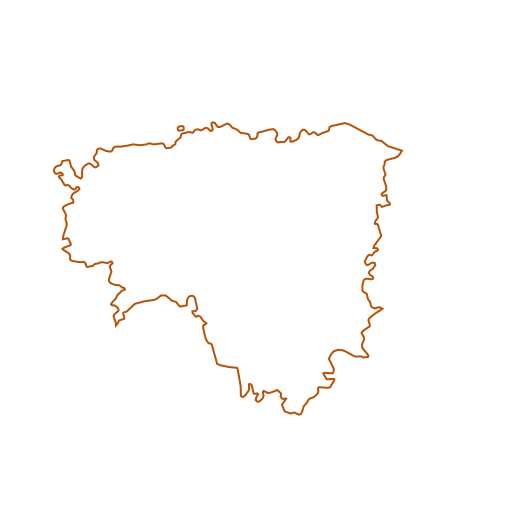 outline of Samara, rotated 247°
{"feature_id": "RUS-2392", "entity_name": "Samara", "entity_type": "Region", "adm_level": 1, "iso_a3": "RUS", "parent_name": "Russia", "parent_adm1": "", "projection": "orthographic", "projection_center": [50.566, 53.218], "detail": "fine", "context": "isolated", "style": "outline", "palette": "amber", "viewbox_px": 512, "rotation_deg": 247, "n_neighbors": 0, "source": "natural_earth", "source_scale": "10m", "svg_char_len": 6117}
<svg xmlns="http://www.w3.org/2000/svg" viewBox="0 0 512 512"><g transform="rotate(247 256 256)"><path d="M337.9,80.5L338.3,80.7L338.7,83.4L338.4,89.5L339.6,90.3L345.4,90.0L346.0,89.3L346.9,84.8L349.8,86.4L357.7,93.3L359.7,94.5L364.4,95.0L367.2,96.8L369.0,97.2L375.1,96.7L376.2,97.3L376.9,100.0L377.0,104.3L376.5,108.7L379.1,109.7L381.7,108.6L383.6,110.0L384.9,112.0L385.8,117.8L386.9,119.8L388.3,119.7L389.5,118.3L389.5,117.7L388.4,116.3L388.3,114.3L390.4,112.6L393.6,111.5L394.7,110.7L395.2,110.0L395.3,108.7L395.9,107.6L402.4,106.6L405.8,105.4L406.8,106.4L405.9,109.6L407.0,110.1L409.1,109.0L409.4,108.2L409.4,104.7L410.1,103.6L412.5,103.0L414.8,104.2L415.9,105.4L416.3,106.5L416.5,107.6L416.0,110.9L416.4,112.4L419.0,114.9L417.6,121.1L415.9,121.6L410.8,120.7L405.2,122.0L401.1,121.3L399.5,122.0L395.8,124.9L395.9,125.6L396.8,126.8L403.7,129.9L405.4,132.2L406.2,134.4L406.6,137.9L405.7,139.6L401.0,141.9L400.3,142.8L400.5,145.3L401.1,146.5L403.1,146.9L407.8,144.7L409.9,145.1L410.8,145.8L412.9,149.4L415.7,151.0L416.3,152.3L416.3,153.3L415.7,154.9L411.2,159.1L408.9,162.9L409.1,164.6L411.4,167.1L411.6,169.2L409.4,174.7L407.7,181.3L406.9,186.1L403.0,193.2L401.5,199.0L401.6,200.6L401.2,202.3L398.8,205.2L396.4,213.6L394.9,214.8L391.3,215.0L390.6,215.4L390.0,216.2L389.2,219.4L389.1,221.0L390.1,222.1L390.3,225.3L392.7,226.8L394.7,232.9L397.0,234.6L397.6,235.9L396.4,242.2L395.8,243.8L394.3,245.4L394.3,246.7L395.6,248.5L395.8,250.4L395.3,252.0L393.2,254.5L393.2,256.2L393.7,258.8L393.5,260.2L392.2,261.6L388.8,263.1L388.6,264.5L389.3,265.6L390.0,265.8L395.1,266.5L395.8,267.4L395.8,268.8L394.6,270.1L389.9,271.1L389.1,272.2L388.8,274.1L389.2,280.3L389.1,281.3L388.5,282.0L386.4,283.5L383.4,284.3L379.8,287.9L375.3,290.0L372.1,295.4L371.1,296.4L370.2,297.0L366.3,296.5L365.3,297.4L364.4,300.9L364.6,302.6L365.8,304.1L368.3,305.3L368.6,306.1L368.6,307.7L368.0,310.4L367.2,317.3L366.0,321.6L364.4,322.7L360.8,323.5L359.2,322.9L356.3,319.9L354.6,319.3L352.3,320.2L351.6,321.5L351.3,323.7L349.8,326.3L350.4,328.3L352.5,331.9L352.5,333.1L351.3,333.8L347.9,332.4L347.1,333.8L347.1,338.8L347.6,340.6L348.7,342.1L352.2,344.6L353.1,346.1L354.0,348.3L353.4,349.8L352.3,350.6L347.3,352.3L346.9,353.6L347.6,356.7L347.3,357.6L346.6,358.4L343.1,360.2L343.0,361.5L343.3,365.6L342.8,371.3L343.6,372.5L345.8,373.9L346.2,375.8L343.6,389.9L340.3,393.6L323.7,407.1L321.4,410.3L316.2,412.1L315.1,413.0L312.9,416.4L305.6,420.4L295.9,431.5L293.1,427.4L292.2,424.7L292.1,421.8L293.2,415.0L293.2,412.9L292.5,411.3L290.1,410.2L288.9,408.8L287.2,407.7L280.4,407.0L279.8,406.6L278.7,404.6L277.3,403.7L268.8,403.0L266.4,401.9L265.3,400.8L264.5,396.8L263.6,395.6L261.9,396.1L261.0,399.9L255.6,398.2L252.9,399.6L251.4,399.7L251.0,398.8L251.7,396.0L252.0,391.1L254.8,390.1L255.5,386.9L249.4,384.5L244.1,383.4L242.9,382.3L241.8,379.9L239.7,378.1L238.8,378.3L238.3,379.8L237.5,380.4L225.4,379.1L219.5,369.1L217.5,367.3L216.0,370.2L215.5,370.6L213.9,370.6L213.5,370.1L213.6,367.1L211.4,363.2L211.4,362.5L212.9,360.7L212.7,359.7L212.0,358.1L208.8,354.3L207.9,353.8L205.2,354.1L204.2,354.7L203.9,355.8L204.5,359.0L204.2,361.1L203.1,362.5L200.9,362.2L198.6,358.5L197.9,354.9L196.3,353.2L194.4,353.4L191.5,355.4L189.9,355.3L189.5,354.9L189.3,354.3L189.5,353.0L192.1,348.7L192.0,346.6L191.4,345.5L187.3,342.4L183.0,340.6L181.4,340.6L177.9,343.2L172.6,342.2L169.3,343.0L165.1,342.4L163.5,342.8L161.3,344.7L161.0,348.4L160.5,349.8L158.0,351.8L156.4,342.9L155.1,337.8L154.0,335.4L153.1,334.5L147.3,333.7L146.7,332.6L145.6,326.7L144.7,324.0L144.1,323.3L143.4,323.0L138.8,323.6L137.1,323.0L133.9,319.7L132.1,318.5L129.5,318.0L121.7,320.4L119.8,320.3L119.4,319.6L120.5,315.4L122.8,313.1L123.7,310.2L125.0,307.6L133.7,300.7L135.9,298.1L137.6,294.8L137.9,290.1L136.0,286.5L132.9,282.9L123.4,283.5L120.9,283.3L118.7,281.7L118.1,280.8L118.2,280.3L121.6,273.7L121.8,272.3L121.3,272.0L115.0,272.9L114.4,274.0L112.6,279.5L111.9,280.0L111.3,279.7L107.0,274.1L106.2,272.4L106.5,271.1L107.6,268.6L110.6,262.7L110.5,261.9L110.0,261.4L107.3,260.6L105.4,259.0L104.7,257.8L103.5,254.1L103.7,249.7L103.3,248.4L101.0,245.3L99.1,241.3L94.4,237.4L93.1,235.8L93.0,233.9L93.6,233.0L96.7,230.4L97.2,229.3L97.1,227.7L97.6,226.3L101.4,222.0L102.8,221.6L108.4,221.7L109.2,222.1L112.8,228.0L113.3,227.6L113.9,225.0L114.7,224.2L117.1,223.8L118.8,225.1L119.7,225.3L124.2,223.3L124.5,216.7L125.1,213.6L128.8,210.3L128.3,209.4L127.7,209.1L124.2,208.3L122.5,206.7L121.6,204.8L120.9,201.9L121.4,200.3L123.6,199.4L125.9,201.2L128.0,203.9L128.5,203.9L129.2,203.1L129.6,200.9L130.6,200.1L138.4,201.6L140.4,200.7L140.8,200.1L140.7,199.5L140.2,199.1L136.2,197.7L134.9,196.6L131.8,191.5L131.4,188.7L132.2,187.6L133.9,187.7L141.8,190.9L158.8,194.9L160.5,194.8L164.2,188.0L169.5,180.3L171.9,178.1L191.0,180.6L192.9,180.3L193.8,178.8L195.0,178.0L199.2,177.3L209.6,179.1L211.8,179.8L212.9,180.6L212.8,182.9L213.5,184.0L216.9,182.1L221.8,181.1L223.2,180.0L223.8,179.1L223.3,177.7L223.7,176.8L228.5,175.4L230.0,175.9L229.2,178.1L229.1,179.4L230.5,181.4L241.3,183.4L243.2,182.9L244.1,181.9L244.8,180.2L244.9,179.0L244.2,177.3L242.1,175.1L237.8,173.1L237.8,171.8L239.0,166.8L239.4,166.1L244.6,164.6L246.1,163.3L246.5,162.5L247.7,161.2L254.9,157.5L256.8,153.2L255.4,148.1L255.3,145.4L258.0,135.3L259.2,126.7L259.2,125.4L255.4,115.4L255.7,111.8L254.6,111.1L250.8,110.8L249.7,110.1L250.1,105.0L249.9,104.3L248.2,102.8L246.8,99.9L248.9,100.8L256.4,101.4L257.5,102.6L259.3,107.9L260.6,108.6L262.4,108.5L265.4,106.7L265.9,106.4L266.7,104.3L268.2,103.7L269.6,105.5L271.5,110.2L273.5,112.3L274.5,113.8L275.2,116.2L276.5,118.9L276.2,121.8L277.1,122.5L277.6,122.5L279.5,120.5L282.5,118.7L284.4,115.2L286.3,112.8L288.7,111.2L290.1,110.8L292.6,111.9L298.0,116.8L303.4,117.2L304.5,118.5L305.2,120.9L306.8,121.1L307.7,120.3L307.5,117.2L307.7,116.3L310.6,111.6L310.8,110.3L310.9,107.8L311.6,104.5L310.7,101.7L311.8,96.5L313.1,95.8L316.3,96.2L317.7,95.4L318.8,92.3L320.0,90.1L322.9,85.3L324.1,84.0L326.0,83.6L328.6,85.0L331.0,85.0L337.9,80.5ZM402.2,233.4L404.4,233.9L405.3,235.2L404.7,238.0L404.2,239.2L403.5,239.8L401.1,239.1L400.3,238.3L401.5,233.9L402.2,233.4Z" fill="none" stroke="#b45309" stroke-width="2"/></g></svg>